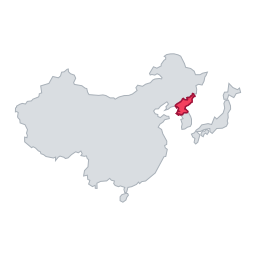 North Korea highlighted, Equal Earth projection
{"feature_id": "PRK", "entity_name": "North Korea", "entity_type": "country or territory", "adm_level": 0, "iso_a3": "PRK", "parent_name": "Asia", "parent_adm1": "", "projection": "equal_earth", "projection_center": [127.346, 40.359], "detail": "fine", "context": "with_neighbors", "style": "filled", "palette": "rose", "viewbox_px": 256, "rotation_deg": 0, "n_neighbors": 3, "source": "natural_earth", "source_scale": "50m", "svg_char_len": 6302}
<svg xmlns="http://www.w3.org/2000/svg" viewBox="0 0 256 256"><path d="M181.0,115.1L182.6,114.9L183.8,113.0L187.4,112.5L187.9,111.5L190.6,116.4L191.5,119.2L191.5,124.1L190.3,126.4L187.4,127.2L184.8,129.0L181.9,129.4L181.5,127.1L182.2,123.8L180.8,119.4L183.1,118.7L181.0,115.1Z" fill="#d9dde1" stroke="#a8b0b8" stroke-width="1"/><path d="M122.9,202.2L120.1,200.7L120.1,196.8L121.9,194.7L125.7,193.4L127.7,193.5L128.4,195.2L126.8,197.3L125.9,200.0L122.9,202.2ZM39.0,96.1L39.3,93.8L41.7,92.8L40.7,85.9L48.9,83.4L52.8,76.5L58.4,77.8L60.5,76.0L61.6,72.2L64.2,71.8L67.1,69.3L68.3,69.0L68.4,71.6L70.4,73.7L74.3,75.1L75.7,78.2L73.6,82.7L74.4,84.4L81.8,85.7L85.0,88.1L86.8,88.6L87.6,92.2L89.0,94.6L98.7,95.4L102.9,94.9L105.8,95.5L110.1,97.9L113.9,97.9L115.1,99.2L119.0,97.0L124.1,95.6L128.8,95.4L132.5,94.0L137.1,90.5L135.9,87.7L137.7,85.2L142.5,86.3L145.6,84.2L150.4,82.7L152.7,80.1L154.9,79.0L159.3,78.5L161.6,78.9L162.0,77.6L159.5,74.9L157.1,73.7L154.8,75.1L151.9,74.5L150.2,75.0L149.5,73.4L153.5,66.8L156.9,68.2L161.2,65.9L161.2,64.2L164.0,60.3L165.7,59.2L165.7,57.2L164.2,56.3L166.6,54.6L170.2,53.9L174.0,53.8L178.2,54.9L180.7,56.2L184.5,63.7L185.6,67.3L190.7,68.5L194.2,71.2L195.5,74.7L200.0,74.7L202.6,73.2L207.4,72.1L206.0,75.5L204.9,76.9L204.0,81.2L202.1,85.0L198.4,84.3L195.9,85.7L196.7,89.1L196.4,93.8L194.8,93.9L194.9,96.0L192.8,93.6L191.6,95.8L186.9,97.6L187.4,99.7L184.7,99.6L183.2,98.3L181.1,101.2L177.6,103.4L175.0,106.0L170.6,107.2L168.2,109.2L164.8,110.3L166.5,108.4L165.9,106.8L168.5,104.0L166.9,101.8L160.5,106.2L158.4,108.8L155.3,109.0L153.6,111.0L155.2,113.8L157.8,114.5L157.8,116.4L160.3,117.6L163.9,114.6L166.7,116.2L168.8,116.3L169.3,118.6L164.7,119.7L163.1,122.0L159.9,124.2L158.2,127.2L161.6,129.5L162.8,133.8L166.8,141.1L166.7,144.4L164.6,145.6L165.3,147.9L167.3,149.3L165.8,156.4L163.9,156.8L155.2,173.0L145.6,181.0L141.8,181.6L139.6,183.6L138.5,182.1L136.5,184.4L131.6,186.7L127.9,187.4L126.6,192.3L124.7,192.5L123.9,189.2L124.8,187.4L120.3,185.9L118.6,186.7L115.2,185.5L113.7,183.6L114.4,181.0L111.3,180.2L109.7,178.4L106.7,180.9L100.6,181.4L96.9,183.2L97.1,188.4L95.3,188.3L95.1,185.3L92.5,186.6L88.6,184.1L89.9,180.3L87.8,179.4L87.3,175.2L83.6,176.0L84.5,170.6L88.0,166.8L88.6,159.6L87.3,158.6L86.4,155.9L84.4,156.3L80.9,155.6L82.2,153.7L80.9,151.0L78.3,152.8L75.7,151.8L71.5,154.6L68.1,157.9L65.4,158.5L64.0,157.3L60.0,156.1L58.1,157.3L55.5,160.6L55.6,157.1L53.4,158.0L46.0,156.5L43.5,154.6L41.0,153.7L40.2,151.6L38.4,150.9L35.5,148.0L33.1,146.7L31.6,147.7L24.7,141.9L24.6,137.1L26.9,137.7L27.4,135.4L26.5,133.2L27.5,129.7L25.0,124.7L20.1,122.9L19.8,119.7L17.9,117.7L17.6,116.5L18.2,112.5L16.5,111.5L15.4,111.9L15.5,108.1L16.6,107.1L16.5,106.2L19.9,104.2L22.3,103.4L25.5,104.0L27.3,101.4L31.4,100.9L32.9,99.2L38.4,97.0L39.0,96.1Z" fill="#d9dde1" stroke="#a8b0b8" stroke-width="1"/><path d="M230.6,109.1L227.9,113.3L228.2,117.7L227.2,121.0L227.9,123.2L226.4,126.2L222.4,128.2L216.7,128.5L212.2,133.4L210.0,131.7L209.8,128.5L204.1,129.5L200.3,131.5L196.5,131.6L199.9,134.8L197.8,142.2L195.7,144.0L194.1,142.3L194.9,138.4L192.8,137.1L191.4,134.1L194.5,132.8L196.2,130.1L199.4,127.9L201.7,124.9L208.1,123.6L211.6,124.5L214.6,117.0L216.8,119.0L223.1,113.1L224.7,108.1L223.9,103.4L225.1,100.8L228.4,100.1L230.5,105.8L230.6,109.1ZM237.5,89.7L239.5,88.0L240.6,92.5L236.2,93.6L233.8,97.6L228.7,94.8L227.4,99.2L223.9,99.3L223.2,95.3L224.5,92.2L227.8,92.0L228.9,83.4L232.8,87.5L237.5,89.7ZM201.1,133.4L202.8,130.8L204.7,131.3L206.0,129.5L208.4,130.4L208.8,131.9L207.1,134.5L205.7,133.1L204.1,134.2L203.2,136.7L201.1,135.5L201.1,133.4Z" fill="#d9dde1" stroke="#a8b0b8" stroke-width="1"/><path d="M187.9,111.4L187.8,111.5L187.6,111.9L187.5,112.3L187.3,112.5L187.1,112.7L186.9,112.8L186.5,112.8L186.1,112.8L186.0,112.7L185.4,112.7L185.3,112.8L184.5,112.7L184.1,112.8L183.9,112.9L183.6,113.0L183.4,113.3L183.2,113.6L182.8,114.1L182.5,114.4L182.5,114.8L182.4,115.0L182.4,114.9L182.2,114.9L181.6,114.6L181.1,114.8L180.9,115.0L180.6,114.6L180.2,114.6L179.7,114.1L179.4,114.2L179.4,114.4L179.1,114.8L178.7,115.2L178.4,115.2L178.2,114.7L177.6,114.5L177.3,114.4L177.2,114.3L177.8,113.9L178.0,113.8L177.9,113.7L177.2,113.7L176.9,113.6L176.5,113.6L176.3,113.5L176.8,113.1L176.9,112.8L176.9,112.6L177.2,112.0L177.5,111.7L178.2,111.3L178.6,111.2L178.8,111.2L179.0,111.2L178.8,111.0L178.6,110.9L178.2,110.9L177.8,110.7L177.8,110.4L178.6,108.7L178.5,108.1L178.4,107.7L177.9,107.5L177.6,107.4L176.9,107.0L176.6,106.7L176.5,106.8L176.5,107.2L176.4,107.3L176.2,107.3L176.1,106.9L175.9,106.6L175.4,106.3L175.3,106.1L175.4,105.7L175.4,105.3L175.7,105.0L176.4,104.4L176.6,104.2L177.0,103.8L177.3,103.8L177.4,103.7L177.6,103.5L177.9,103.3L178.3,103.1L178.7,103.0L179.1,102.7L179.4,102.5L179.5,102.3L179.6,102.2L179.8,102.1L180.1,102.1L180.5,102.0L180.7,101.7L180.8,101.5L180.9,101.3L181.3,101.1L181.5,100.7L181.8,100.3L181.9,100.2L182.0,100.2L182.2,99.6L182.3,99.2L182.7,98.8L182.8,98.7L183.0,98.7L183.3,98.4L183.5,98.5L183.8,98.8L183.9,99.0L184.0,99.1L184.0,99.4L184.2,99.5L184.5,99.5L184.9,99.6L185.2,99.7L185.4,99.8L185.8,99.8L186.5,99.7L186.8,99.8L187.1,100.0L187.3,99.9L187.5,99.6L187.6,99.3L187.6,99.1L187.3,98.8L187.1,98.5L187.0,98.2L186.9,98.1L186.8,97.7L187.2,97.5L187.7,97.4L188.0,97.5L188.7,97.5L189.0,97.4L189.3,97.4L189.6,97.4L190.1,97.0L190.2,96.9L190.4,96.7L190.5,96.3L190.6,96.1L190.8,95.9L191.1,95.8L191.3,95.9L191.4,96.0L191.6,96.0L191.7,95.8L192.0,95.7L192.1,95.1L192.2,94.7L192.2,94.4L192.4,93.9L192.4,93.7L192.6,93.5L192.8,93.6L193.1,93.6L193.3,93.7L193.3,93.8L193.6,93.9L193.6,94.0L193.6,94.5L193.8,94.8L194.0,95.0L194.3,95.2L194.5,95.4L194.6,95.6L194.8,95.9L194.9,96.0L195.0,96.3L194.9,96.4L194.7,96.4L194.3,96.3L193.9,96.7L193.6,96.8L193.5,97.2L193.1,97.4L192.9,97.6L192.7,98.0L192.5,98.3L192.2,98.7L192.0,99.2L192.0,99.6L192.2,100.0L192.2,100.4L192.1,101.1L192.2,101.9L192.1,102.2L190.9,102.7L190.6,103.0L190.2,103.7L189.7,104.0L189.4,104.3L188.9,104.4L188.7,104.9L188.3,105.2L188.0,105.4L187.7,105.6L187.1,105.6L186.6,105.8L186.3,106.2L185.4,106.6L185.3,107.0L185.3,107.5L185.3,108.0L185.2,108.3L185.0,108.2L184.9,108.3L184.8,108.6L184.8,109.0L185.2,109.1L185.4,109.3L185.8,109.4L186.1,109.5L186.7,110.3L187.1,110.6L187.3,110.8L187.5,110.9L187.8,111.2L187.9,111.4ZM177.0,107.7L176.8,107.8L176.8,107.6L177.0,107.4L177.0,107.7Z" fill="#f43f5e" stroke="#9f1239" stroke-width="1.5"/></svg>